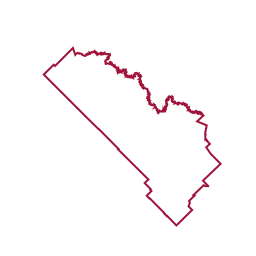 the district of Las Colonias, Santa Fe, Argentina, rotated 304°
{"feature_id": "61730980B52273662212744", "entity_name": "Las Colonias", "entity_type": "district", "adm_level": 2, "iso_a3": "ARG", "parent_name": "Argentina", "parent_adm1": "Santa Fe", "projection": "mercator", "projection_center": [-60.871, -31.246], "detail": "fine", "context": "isolated", "style": "outline", "palette": "rose", "viewbox_px": 256, "rotation_deg": 304, "n_neighbors": 0, "source": "geoboundaries", "source_scale": "gbopen_adm2", "svg_char_len": 5973}
<svg xmlns="http://www.w3.org/2000/svg" viewBox="0 0 256 256"><g transform="rotate(304 128 128)"><path d="M150.1,224.8L152.8,211.0L155.8,203.6L160.6,204.8L161.5,200.4L161.9,200.5L162.4,198.6L161.9,198.5L165.1,196.2L165.8,196.2L166.0,195.5L166.8,194.9L174.2,191.8L172.1,181.6L180.3,183.5L180.2,183.2L180.7,182.5L180.4,181.6L181.2,181.7L181.7,180.3L181.4,180.0L180.9,180.7L180.5,180.2L180.9,179.6L181.6,179.4L181.5,178.5L180.9,178.4L181.2,177.9L181.0,177.6L179.9,178.6L179.8,177.8L179.4,177.9L179.2,178.4L178.8,178.3L179.1,176.3L179.6,177.0L179.6,176.0L180.2,176.2L180.4,175.9L180.2,174.7L179.5,174.7L179.1,174.3L178.5,174.5L178.1,173.2L177.7,173.7L177.7,173.1L177.1,172.5L176.9,172.7L177.5,173.6L176.7,173.2L176.5,172.6L177.0,171.7L177.0,170.7L175.6,170.5L177.2,170.1L177.6,169.6L177.6,169.3L176.9,169.2L176.3,168.1L177.3,168.3L177.0,167.5L177.3,167.0L177.4,167.7L177.9,167.1L178.4,167.4L179.1,167.0L178.2,166.7L178.4,166.0L178.1,165.2L179.4,164.4L179.2,163.9L180.1,163.3L179.7,163.4L178.5,162.8L178.8,161.9L179.5,161.9L180.1,162.4L179.9,161.3L179.0,161.6L178.7,160.7L179.3,160.4L179.5,159.7L178.1,159.9L178.2,159.2L177.8,158.8L177.9,157.7L177.7,156.7L177.2,156.7L177.3,155.7L176.7,155.5L176.5,156.0L175.9,155.7L175.4,156.3L175.2,156.1L175.9,154.6L175.5,154.5L175.4,153.6L174.3,152.8L176.1,152.1L176.1,151.8L175.2,151.6L174.7,150.9L174.5,150.3L174.8,149.2L176.4,149.4L177.8,148.4L176.7,148.1L178.2,147.1L177.3,146.6L177.2,146.0L177.6,146.4L178.0,146.2L177.1,145.8L177.4,144.6L176.8,144.1L176.3,144.2L175.6,144.4L175.1,145.1L174.8,144.1L174.8,145.2L174.5,145.5L174.0,145.0L173.8,144.1L173.0,144.5L173.5,144.8L173.3,145.3L172.4,144.0L172.0,144.0L171.8,144.4L172.3,145.1L171.0,145.1L170.2,145.6L171.0,146.6L170.0,146.0L169.4,146.4L169.1,147.1L169.8,146.9L169.7,147.3L169.0,147.6L167.9,147.2L167.3,148.6L167.2,147.4L166.5,146.7L166.1,146.8L166.5,147.4L166.2,147.7L166.1,147.1L165.5,147.6L164.6,147.1L164.3,147.8L164.8,148.2L164.6,148.9L162.5,149.4L162.3,148.6L163.2,147.0L162.7,147.3L162.2,146.8L161.4,146.7L160.9,147.3L160.7,146.5L160.0,146.1L159.9,145.0L158.8,144.9L158.3,144.3L157.3,144.8L157.2,144.2L158.4,143.9L158.7,143.4L159.2,143.3L158.5,142.7L158.7,141.9L160.1,141.7L159.9,140.5L160.9,139.6L160.9,139.0L160.2,138.6L161.1,138.6L161.2,137.6L162.1,137.3L162.1,136.8L161.8,137.2L161.4,137.0L161.2,136.3L161.4,135.8L160.5,135.5L160.4,134.5L159.8,133.8L160.1,132.9L160.7,133.5L161.0,132.7L160.3,132.5L160.1,132.1L160.8,131.9L161.4,132.4L161.8,131.8L161.8,131.2L161.2,131.4L161.2,131.1L161.8,130.7L163.0,130.8L162.9,130.1L163.3,129.6L162.8,129.5L162.3,128.9L162.9,128.7L164.0,129.2L164.5,128.6L164.4,128.1L163.4,128.0L163.4,127.2L164.5,127.0L165.2,127.8L165.3,126.9L166.7,127.7L167.4,127.3L166.7,127.2L166.8,126.9L168.2,127.1L168.4,126.5L167.8,125.8L168.7,125.8L168.7,124.3L169.0,124.2L169.4,124.7L169.8,124.5L170.6,122.1L171.1,122.0L170.4,119.6L169.7,119.1L170.4,118.6L169.4,117.7L170.1,116.6L171.8,116.9L172.0,116.6L171.6,115.7L170.8,116.0L171.0,115.1L171.8,115.4L172.0,115.2L171.0,114.6L171.9,114.1L171.5,113.4L172.2,113.3L172.3,114.0L173.1,113.3L173.2,112.6L172.5,112.3L172.5,111.7L173.8,111.7L174.2,112.3L174.8,111.6L174.3,109.8L175.8,110.1L176.4,109.7L177.1,110.1L177.8,109.5L178.3,109.8L178.6,109.1L177.9,108.7L177.9,108.1L178.5,108.0L178.2,107.6L177.7,107.5L177.2,108.1L177.0,107.7L177.6,106.8L177.8,107.2L178.2,106.5L179.1,106.2L178.6,105.8L177.9,106.0L177.9,105.5L178.5,105.4L178.4,104.0L178.0,103.7L178.0,104.0L177.4,104.1L175.6,103.1L175.3,103.4L175.1,104.9L174.4,105.0L173.3,102.9L172.2,104.1L172.1,102.6L172.4,102.3L172.9,102.5L173.2,101.9L172.4,102.1L172.1,100.3L171.6,100.8L171.6,100.1L171.2,99.9L170.8,100.3L170.7,99.6L170.1,99.5L169.9,99.1L170.0,98.7L170.3,99.3L170.6,98.8L169.7,97.7L170.3,97.8L170.8,98.4L171.0,98.1L170.6,97.6L171.3,96.7L170.5,96.3L170.4,95.7L171.2,95.6L171.4,95.0L172.0,94.9L172.2,94.2L172.6,95.7L172.7,94.9L173.1,95.2L173.2,94.5L173.7,94.8L173.8,94.1L174.3,93.9L174.4,93.2L175.2,93.6L175.3,93.4L173.5,91.9L173.7,91.6L174.4,92.0L173.7,91.1L172.9,91.7L172.8,91.1L172.2,91.2L172.0,90.7L172.1,91.2L171.3,91.3L171.5,91.0L170.9,90.6L171.1,90.2L170.3,90.2L170.2,90.8L169.9,90.0L169.2,89.8L168.8,89.1L167.9,88.8L168.9,87.7L170.0,88.4L169.8,88.9L170.1,89.0L170.7,88.0L169.9,87.7L170.2,86.8L170.5,86.7L171.5,87.6L171.6,86.6L170.8,86.1L171.6,85.9L171.8,86.4L172.5,86.1L171.9,85.4L171.4,85.4L171.9,84.7L171.6,83.5L171.3,83.6L171.3,84.1L171.0,84.0L171.1,82.9L172.4,82.1L172.1,81.8L171.5,82.1L171.2,81.7L171.8,81.2L171.3,81.1L171.8,80.0L171.1,79.0L171.2,78.7L171.8,79.1L172.4,78.7L171.9,78.0L172.8,78.1L173.0,76.6L172.8,76.3L172.2,76.7L171.1,76.3L170.6,76.5L170.0,74.5L169.2,74.2L168.8,73.7L169.5,73.4L169.4,72.9L170.3,72.4L170.5,71.9L171.0,71.9L171.4,71.5L174.0,72.8L174.1,73.2L174.6,73.1L174.2,72.2L174.4,71.8L175.2,72.6L175.5,71.6L176.1,71.6L176.5,72.2L177.3,72.1L177.5,72.4L178.6,72.3L179.1,71.6L178.1,71.2L178.3,70.2L176.9,68.7L177.2,68.1L177.1,66.8L176.6,66.2L175.7,66.7L175.3,66.3L175.5,65.9L176.3,65.8L175.6,65.4L175.6,64.7L174.5,64.9L174.7,64.3L175.4,63.8L175.4,63.4L174.6,63.2L173.6,63.7L173.5,63.3L173.8,62.8L173.0,62.2L172.7,61.2L172.5,61.6L171.4,61.8L171.4,61.4L172.0,60.9L172.7,60.8L172.4,60.1L171.9,60.1L171.9,59.0L172.0,58.7L172.5,58.9L172.3,58.3L172.8,58.4L172.7,58.1L173.1,57.9L173.2,57.4L172.0,57.5L171.9,56.4L170.6,56.1L170.4,55.2L168.7,55.2L168.8,54.4L168.4,54.8L167.4,54.4L167.1,54.2L167.6,54.1L168.0,53.6L166.2,52.2L164.4,52.5L163.7,52.2L163.2,49.8L163.5,49.2L163.1,48.8L163.5,47.9L162.9,46.3L162.4,46.1L162.3,45.6L162.5,45.4L161.8,44.5L162.0,44.3L160.6,43.5L159.2,43.4L163.5,37.6L138.6,32.8L138.9,31.0L125.2,28.3L113.5,88.5L110.6,104.3L110.8,104.4L105.3,132.0L104.7,131.8L96.7,173.7L91.7,172.6L90.0,181.0L89.3,180.9L88.9,182.7L82.3,181.4L81.5,185.1L81.9,185.2L77.8,205.8L77.4,205.7L76.6,209.6L77.0,209.6L74.3,222.6L95.9,227.0L96.9,222.0L100.5,221.2L101.6,219.4L109.2,221.0L108.9,219.7L122.9,222.8L122.8,223.4L123.2,224.9L124.4,226.5L124.6,227.7L126.3,219.6L150.1,224.8Z" fill="none" stroke="#9f1239" stroke-width="2"/></g></svg>